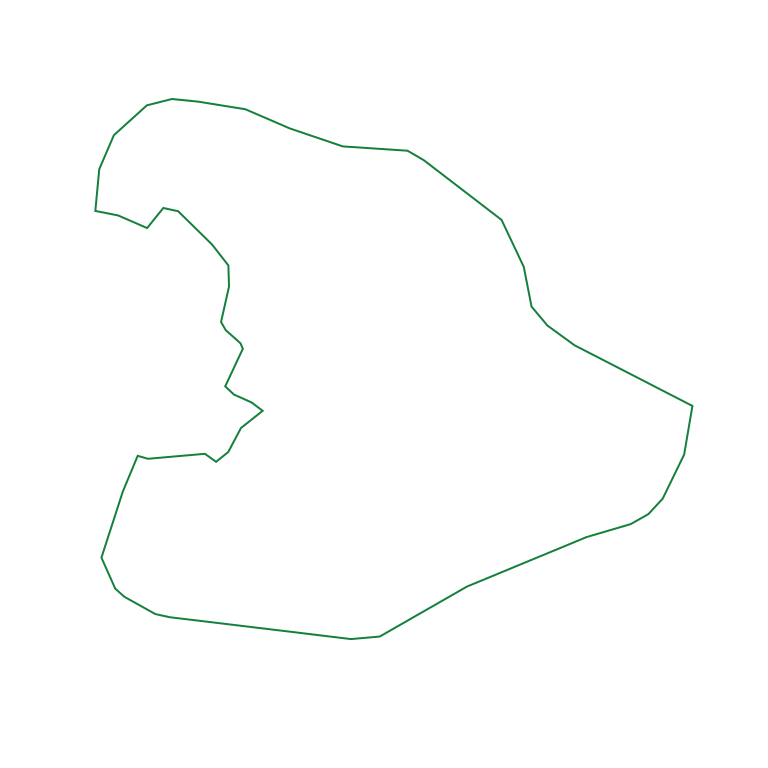 the border of Oslo, rotated 97°
{"feature_id": "NOR-921", "entity_name": "Oslo", "entity_type": "County", "adm_level": 1, "iso_a3": "NOR", "parent_name": "Norway", "parent_adm1": "", "projection": "orthographic", "projection_center": [10.625, 59.979], "detail": "fine", "context": "isolated", "style": "outline", "palette": "green", "viewbox_px": 768, "rotation_deg": 97, "n_neighbors": 0, "source": "natural_earth", "source_scale": "10m", "svg_char_len": 798}
<svg xmlns="http://www.w3.org/2000/svg" viewBox="0 0 768 768"><g transform="rotate(97 384 384)"><path d="M485.3,619.7L487.0,609.2L475.1,553.2L481.7,541.2L470.5,530.3L445.1,520.6L425.4,501.2L418.5,513.1L412.8,531.6L405.7,541.3L366.2,528.4L361.1,531.4L349.9,547.6L342.3,553.3L306.2,549.7L285.3,552.9L266.5,571.7L237.6,609.4L236.2,624.5L258.1,638.1L249.1,668.5L247.4,691.6L205.5,692.8L169.9,682.4L136.3,653.3L127.0,629.3L126.4,603.0L128.2,555.1L141.8,508.7L153.2,453.9L149.6,389.1L157.0,371.8L206.8,287.3L250.8,259.5L289.2,247.0L306.1,228.9L322.4,199.5L368.2,75.2L417.5,77.5L463.8,93.4L480.9,105.7L493.0,122.1L511.2,164.2L574.9,276.9L635.2,357.5L641.2,385.7L641.6,568.5L640.2,583.0L626.9,615.7L619.9,625.8L590.8,643.3L522.5,630.1L485.3,619.7Z" fill="none" stroke="#15803d" stroke-width="2"/></g></svg>